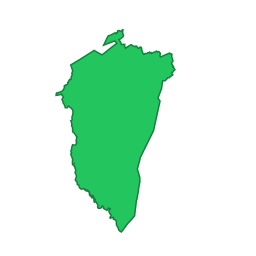 Binga, Matabeleland North, Zimbabwe (Natural Earth projection), rotated 158°
{"feature_id": "62879985B54181646880786", "entity_name": "Binga", "entity_type": "district", "adm_level": 2, "iso_a3": "ZWE", "parent_name": "Zimbabwe", "parent_adm1": "Matabeleland North", "projection": "natural_earth1", "projection_center": [27.771, -17.692], "detail": "fine", "context": "isolated", "style": "filled", "palette": "green", "viewbox_px": 256, "rotation_deg": 158, "n_neighbors": 0, "source": "geoboundaries", "source_scale": "gbopen_adm2", "svg_char_len": 5803}
<svg xmlns="http://www.w3.org/2000/svg" viewBox="0 0 256 256"><g transform="rotate(158 128 128)"><path d="M196.2,94.5L196.0,94.3L195.8,94.4L195.5,94.3L195.4,93.8L195.1,93.4L195.1,92.6L195.4,91.2L195.3,90.6L194.8,89.9L194.6,89.2L194.2,88.9L193.4,88.6L192.3,88.6L192.1,88.5L191.7,87.7L191.2,87.7L190.9,87.7L190.7,87.4L190.6,87.0L190.8,86.7L191.1,86.3L191.1,86.2L190.3,85.6L189.8,84.9L189.5,84.7L189.3,84.7L188.9,85.1L188.8,85.6L188.7,85.5L188.5,84.6L188.5,83.8L188.4,83.6L188.0,83.8L187.7,83.7L187.9,83.0L187.9,82.5L188.5,81.6L188.6,81.2L188.6,80.8L188.3,80.9L188.2,80.6L187.8,80.4L188.0,79.8L188.6,79.7L188.4,79.1L187.9,78.8L187.3,78.8L186.7,78.9L186.4,78.5L186.0,78.5L185.6,78.3L185.7,77.4L186.1,77.0L186.4,77.1L186.2,77.7L186.5,78.0L186.8,78.0L187.1,77.6L187.4,77.8L187.6,77.8L187.6,77.7L187.9,77.6L187.8,77.0L185.8,76.2L186.4,75.3L186.5,75.0L185.8,74.6L185.3,74.6L185.2,74.4L185.1,73.8L185.1,73.6L185.2,73.4L186.7,73.4L186.9,73.2L187.0,72.8L186.9,72.3L186.9,71.8L186.8,71.6L186.6,71.5L186.0,71.9L185.2,71.3L185.0,70.8L185.1,69.4L184.6,67.6L185.5,66.8L185.8,66.1L185.9,65.4L185.7,65.0L185.4,64.6L184.9,64.4L183.9,64.0L183.3,64.0L182.8,64.1L182.3,64.3L181.5,65.3L181.1,65.3L180.7,65.0L180.6,64.0L180.3,63.7L180.4,63.4L180.8,62.9L180.8,62.6L178.7,59.9L178.3,59.7L177.9,59.7L177.1,60.2L176.4,61.1L176.2,61.1L175.8,60.7L175.1,60.3L174.9,60.0L174.8,59.7L176.4,58.8L176.9,58.0L176.9,55.4L176.3,54.0L176.4,53.5L176.8,52.9L178.0,52.0L178.3,51.6L178.4,51.3L178.2,50.9L176.4,51.0L175.2,50.7L175.0,50.2L175.5,49.7L175.7,49.4L175.7,49.2L175.6,48.9L174.9,48.4L173.8,46.6L173.8,46.1L174.1,44.8L174.4,44.3L175.0,42.4L175.0,41.3L174.8,41.0L174.6,39.8L174.7,37.7L174.7,36.4L174.0,35.2L173.1,34.1L171.1,35.2L163.9,39.6L159.9,41.4L154.8,44.1L151.8,49.6L150.9,51.1L147.3,57.8L146.8,58.1L142.1,65.5L140.7,68.1L136.8,74.3L136.0,76.9L135.6,77.5L135.5,79.3L135.1,81.9L134.8,86.1L134.7,86.5L128.6,94.5L128.1,95.5L127.4,96.2L105.3,116.0L88.2,141.0L89.1,144.4L82.1,152.0L79.0,157.5L78.1,158.8L76.0,157.9L73.9,158.7L72.5,159.7L71.0,159.1L69.5,159.8L67.8,160.1L66.6,160.5L66.9,160.9L67.0,161.3L66.7,162.0L66.7,162.6L66.4,162.8L65.6,163.0L65.0,163.5L62.6,164.5L62.6,164.8L63.0,165.6L63.0,167.0L63.5,167.5L62.8,168.1L63.2,168.7L63.1,170.0L63.4,170.7L63.4,171.5L63.1,171.9L61.5,172.9L61.1,173.6L61.1,174.0L61.2,174.7L60.8,175.6L60.9,177.2L60.7,178.0L59.8,179.6L59.7,179.9L59.8,180.3L60.1,180.4L60.6,180.5L60.9,180.7L61.3,181.9L71.3,181.7L71.4,183.0L70.0,184.9L70.7,187.1L72.6,188.0L73.0,188.7L73.8,188.4L74.2,188.4L76.0,188.6L78.2,188.2L78.3,188.5L78.2,188.8L78.4,189.4L79.3,189.2L79.7,190.3L80.3,190.1L81.4,190.3L82.3,190.1L84.9,190.6L85.8,190.4L86.1,191.6L86.3,192.0L86.2,192.8L85.9,193.7L86.0,194.2L86.3,194.7L86.3,195.1L86.2,195.4L85.6,196.2L85.7,196.6L85.5,197.2L85.6,197.9L86.0,198.3L86.5,198.1L86.8,198.3L86.9,198.1L88.1,197.9L88.6,197.9L88.8,198.4L88.9,199.2L89.4,200.6L89.7,200.8L90.4,200.6L90.6,200.6L90.8,201.2L92.6,201.9L92.8,202.1L93.0,202.9L93.7,203.9L94.2,204.1L94.6,204.1L95.4,203.8L96.9,203.7L97.7,203.3L97.9,203.3L98.2,203.6L98.7,203.3L100.4,202.8L100.5,205.2L99.7,206.7L100.5,206.9L101.1,207.5L102.2,207.5L102.8,207.7L102.9,208.6L102.7,209.3L102.7,210.5L103.1,212.3L103.1,212.7L103.3,213.4L101.2,213.4L100.5,213.8L99.6,214.0L98.8,214.3L97.5,215.4L97.3,218.0L97.1,219.1L95.8,220.9L95.9,221.1L96.7,221.0L97.9,220.3L98.3,220.3L99.4,221.2L99.6,221.6L100.0,221.9L101.2,221.9L101.4,221.1L101.8,220.9L102.2,220.7L102.9,220.7L103.1,220.8L103.2,220.7L103.3,220.5L103.1,219.9L103.3,219.8L103.7,220.1L104.5,221.1L108.5,220.7L112.1,220.7L119.6,213.9L107.7,213.7L106.6,210.7L113.3,208.9L122.9,206.0L124.7,205.6L126.8,208.0L130.3,212.6L147.4,209.5L157.5,207.9L157.8,202.2L158.3,201.1L159.5,199.9L159.7,199.5L159.8,199.2L159.6,198.6L159.7,198.2L160.0,197.9L160.8,197.4L161.7,196.4L161.9,195.9L162.0,195.3L162.2,194.8L162.5,194.6L162.7,195.0L162.7,194.6L162.8,194.8L163.2,194.6L163.8,194.9L164.2,194.6L164.3,194.4L164.7,194.4L165.0,194.0L165.7,193.6L166.0,193.1L166.3,192.9L166.7,192.7L166.9,192.7L167.2,191.6L167.6,191.3L169.2,191.0L169.8,191.3L170.1,191.2L170.4,190.7L171.0,191.0L171.3,190.9L171.5,190.7L171.9,189.1L174.4,187.1L177.6,186.7L180.5,187.2L181.3,187.1L182.1,186.0L182.4,185.3L182.1,185.3L181.7,184.9L180.2,184.7L178.9,184.4L176.7,184.2L177.0,182.8L176.3,181.9L176.5,180.7L178.5,179.3L178.4,176.0L178.8,175.4L178.4,174.3L178.3,171.7L178.6,170.3L177.5,169.9L176.6,169.5L175.4,170.7L174.7,170.5L174.2,169.1L173.4,168.1L173.4,167.9L172.5,165.5L173.0,163.4L174.0,161.5L176.0,158.9L176.6,156.6L176.8,156.4L178.4,156.1L178.2,155.2L178.4,154.2L178.5,153.1L178.9,152.3L178.9,151.9L179.5,150.9L179.2,148.7L179.3,148.6L179.6,148.4L179.7,147.6L180.2,147.0L180.1,146.6L180.4,146.2L180.6,144.8L180.4,144.3L180.0,144.1L179.6,143.2L179.4,141.5L179.2,140.9L179.0,139.5L178.6,139.2L178.9,138.4L179.2,138.3L179.8,137.3L180.3,136.6L180.4,136.2L180.6,136.1L180.9,135.6L181.2,134.7L181.1,134.2L180.9,134.0L181.2,133.8L181.7,132.7L182.0,132.6L182.4,132.6L182.9,132.1L183.1,132.0L183.6,132.0L184.4,132.3L184.9,132.7L185.3,133.2L185.7,133.2L187.9,130.5L188.2,129.9L188.3,129.2L188.5,129.0L189.5,128.3L189.7,127.2L189.5,126.8L189.4,126.5L190.0,126.2L190.3,125.8L190.4,125.6L190.4,125.3L190.8,125.0L190.6,124.6L190.9,124.3L191.0,124.0L190.9,122.8L191.0,122.5L190.9,121.4L191.1,120.2L191.1,119.2L191.4,118.8L191.4,118.6L191.7,118.5L191.8,118.1L192.2,117.7L192.3,117.3L192.5,116.4L192.9,115.8L193.1,115.1L193.1,114.6L192.9,114.5L192.6,114.6L192.0,114.4L191.6,114.7L192.2,112.9L192.0,112.5L192.2,112.3L192.1,112.0L192.0,111.6L191.7,111.2L192.2,110.6L192.1,109.8L192.1,108.8L192.7,108.1L192.9,107.3L193.7,106.7L193.9,106.3L193.9,106.0L193.6,105.1L193.5,104.5L193.7,103.8L194.0,102.3L194.4,101.7L195.2,101.0L196.3,99.7L196.3,98.8L195.6,97.6L195.5,97.2L195.7,96.9L195.9,94.8L196.2,94.5Z" fill="#22c55e" stroke="#15803d" stroke-width="1.5"/></g></svg>